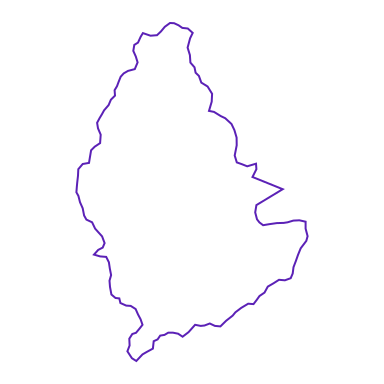 Campestre de Goiás, Goiás, Brazil
{"feature_id": "56859067B36486008417996", "entity_name": "Campestre de Goiás", "entity_type": "district", "adm_level": 2, "iso_a3": "BRA", "parent_name": "Brazil", "parent_adm1": "Goiás", "projection": "robinson", "projection_center": [-49.702, -16.781], "detail": "fine", "context": "isolated", "style": "outline", "palette": "violet", "viewbox_px": 384, "rotation_deg": 0, "n_neighbors": 0, "source": "geoboundaries", "source_scale": "gbopen_adm2", "svg_char_len": 2011}
<svg xmlns="http://www.w3.org/2000/svg" viewBox="0 0 384 384"><path d="M192.7,32.9L187.8,28.5L182.3,27.9L178.6,25.3L174.1,23.2L170.0,23.0L164.8,26.8L160.9,31.5L157.0,35.2L150.5,35.7L142.9,33.1L140.7,36.7L138.0,42.6L134.3,44.9L133.3,50.9L135.8,56.5L137.6,62.4L134.8,69.1L128.0,70.9L123.7,73.4L120.7,76.7L118.6,81.9L117.0,86.2L114.6,90.2L115.0,95.6L110.9,99.7L108.6,105.1L104.1,110.3L101.9,114.3L99.6,118.1L97.1,122.8L98.0,128.3L100.7,134.7L100.1,143.1L94.7,146.7L91.1,150.3L90.0,156.8L89.0,162.9L82.7,164.0L78.3,169.2L78.0,175.7L77.2,182.8L76.8,187.1L76.4,192.3L78.4,195.9L80.0,202.2L82.7,208.3L84.1,215.5L86.4,219.6L92.1,222.3L95.1,228.6L98.4,232.3L102.1,236.4L104.6,243.1L102.7,247.6L98.2,249.9L94.0,254.6L100.1,256.4L106.2,256.9L108.9,262.3L109.8,268.4L111.1,275.1L109.5,280.7L110.0,286.9L111.4,294.5L115.5,298.0L119.3,298.4L120.4,303.0L126.2,305.6L130.7,305.9L135.6,309.0L138.0,314.4L140.6,319.3L142.5,324.8L139.6,328.5L136.0,332.8L132.3,334.0L129.3,338.7L129.6,345.5L127.4,351.3L131.9,358.2L136.3,361.0L142.5,354.4L147.0,351.8L152.9,348.6L153.7,341.2L157.6,339.4L160.2,335.6L164.5,334.9L168.2,332.7L173.1,332.7L178.1,333.7L182.6,336.7L188.5,332.2L195.1,324.8L200.7,325.9L204.5,325.5L209.8,323.5L214.9,325.9L220.4,326.4L226.2,320.7L232.7,315.6L235.4,312.3L241.2,307.9L248.2,303.7L253.5,304.1L256.8,299.8L259.5,296.0L264.5,292.6L267.8,286.6L273.5,283.3L279.0,279.8L284.9,280.3L290.7,278.2L292.7,273.5L293.5,267.2L295.9,260.9L298.0,254.9L300.7,248.3L306.3,240.9L307.6,236.2L305.6,228.6L305.6,221.7L299.4,220.3L293.3,220.6L287.6,222.3L283.7,222.9L276.8,223.1L269.1,224.2L263.1,225.2L259.4,222.4L257.0,219.3L255.2,212.4L256.4,205.1L282.7,189.2L252.5,177.0L256.4,169.2L256.0,163.7L247.2,166.3L241.9,164.2L236.8,162.4L234.7,155.5L236.7,145.3L236.6,137.6L234.4,130.1L231.5,124.0L225.2,118.2L220.8,116.1L214.0,111.9L209.0,110.9L211.7,101.7L212.1,93.8L207.6,86.5L201.3,82.6L198.9,75.9L195.6,72.7L194.5,67.3L190.4,62.6L189.9,55.1L187.6,47.6L190.1,38.3L192.7,32.9Z" fill="none" stroke="#5b21b6" stroke-width="2"/></svg>